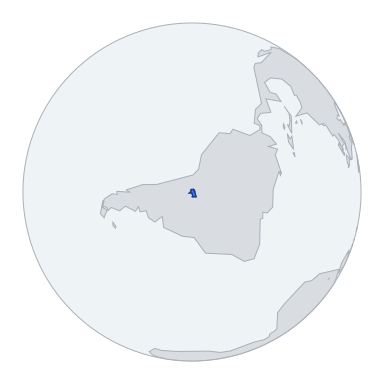 Tarija highlighted on a globe, orthographic projection, rotated 73°
{"feature_id": "BOL-1941", "entity_name": "Tarija", "entity_type": "Department", "adm_level": 1, "iso_a3": "BOL", "parent_name": "Bolivia", "parent_adm1": "", "projection": "orthographic", "projection_center": [-64.397, -21.882], "detail": "fine", "context": "on_globe", "style": "filled", "palette": "blue", "viewbox_px": 384, "rotation_deg": 73, "n_neighbors": 0, "source": "natural_earth", "source_scale": "10m", "svg_char_len": 4897}
<svg xmlns="http://www.w3.org/2000/svg" viewBox="0 0 384 384"><g transform="rotate(73 192 192)"><circle cx="192" cy="192" r="169" fill="#eef3f6" stroke="#a8b0b8"/><path d="M172.9,24.1L167.5,24.8L151.1,28.4L148.0,29.6L149.0,30.1L162.4,29.1L161.2,30.5L163.7,31.8L166.8,30.4L166.0,29.0L172.4,27.3L170.7,26.3L173.0,25.6L173.4,24.7L179.2,24.3L184.6,24.4L184.6,25.3L186.9,25.6L191.7,24.6L196.2,26.6L207.2,29.1L207.7,30.0L200.2,31.3L188.2,31.2L178.5,34.9L190.7,32.1L191.8,35.2L194.5,35.8L197.9,35.7L199.8,34.5L201.4,35.7L189.9,38.3L188.3,37.3L191.9,36.3L186.3,36.5L178.6,39.2L179.7,41.0L166.8,44.6L167.5,46.1L165.1,48.0L164.9,45.2L165.0,50.6L150.0,58.8L149.9,70.5L143.6,62.3L137.4,62.3L129.8,64.0L129.6,65.8L119.8,66.7L110.3,73.0L105.9,83.6L108.4,90.6L119.4,88.2L123.1,82.9L131.5,80.4L124.5,94.0L138.9,93.3L136.9,103.5L141.0,108.3L148.4,105.9L156.0,107.7L161.8,101.1L170.9,97.2L170.8,105.6L176.0,97.7L181.0,101.5L199.3,101.0L197.8,102.9L213.2,113.6L230.1,119.3L234.1,126.3L232.0,130.2L237.9,132.0L238.0,134.8L261.8,142.6L274.0,152.2L273.6,162.3L263.4,172.2L254.4,197.0L236.2,203.3L231.6,214.0L217.6,229.5L206.6,227.5L209.9,236.2L203.9,241.1L196.7,241.3L195.7,247.4L190.4,247.5L194.0,251.7L186.0,259.9L188.9,266.7L183.2,273.7L185.2,277.8L182.9,277.7L180.6,279.3L180.5,281.7L173.1,278.1L170.3,269.0L172.5,264.2L169.4,263.6L173.9,251.7L170.8,254.2L170.5,237.2L174.5,223.3L176.0,186.0L172.2,179.1L159.1,172.0L143.3,148.8L147.3,138.6L143.9,134.5L154.9,120.2L152.2,108.8L148.3,107.6L144.4,112.4L131.6,107.2L127.5,99.6L90.8,96.4L87.6,93.9L88.5,87.9L81.4,75.3L82.1,89.4L78.3,88.0L76.3,83.7L78.7,81.3L79.0,74.7L76.4,74.1L80.4,66.6L94.2,54.3L94.3,54.6L97.5,52.1L97.6,51.9L109.1,44.8L121.1,38.6L133.6,33.5L146.4,29.3L159.6,26.2L172.9,24.1ZM148.6,74.9L165.1,79.4L155.3,81.1L157.2,79.7L153.1,77.6L145.4,76.2L136.9,78.8L148.6,74.9ZM156.9,67.1L154.0,66.9L156.9,66.6L156.9,67.1ZM97.2,52.2L95.9,53.1L94.5,54.1L94.9,53.7L97.2,52.2ZM170.2,25.1L171.8,24.9L170.9,25.2L170.2,25.1ZM168.9,25.1L166.7,25.5L165.8,25.6L167.1,25.3L168.9,25.1ZM171.8,24.6L164.4,25.6L162.8,25.8L166.6,25.0L171.8,24.6ZM185.8,285.9L173.8,279.5L180.4,282.3L184.4,278.5L190.9,283.6L185.8,285.9ZM197.8,276.5L202.8,274.7L204.2,275.9L201.0,277.4L197.8,276.5ZM306.2,67.4L311.9,74.8L309.3,73.7L303.4,69.4L293.2,58.6L300.3,62.5L296.7,59.5L288.4,53.3L291.3,55.3L291.1,55.1L306.2,67.4ZM345.8,261.9L343.9,265.9L343.1,266.9L339.7,273.0L336.2,277.3L332.2,279.7L330.7,273.4L334.6,267.4L340.0,253.3L349.1,222.4L353.7,211.9L355.2,202.0L353.7,176.8L354.3,166.5L352.9,160.5L350.6,159.2L348.5,152.2L346.7,150.5L332.4,145.4L325.4,135.4L311.1,110.4L311.8,103.4L307.5,94.0L308.9,73.7L314.2,77.7L320.3,82.1L327.8,91.5L334.6,101.4L340.6,111.7L346.0,122.4L350.5,133.5L354.3,144.9L357.2,156.5L359.3,168.3L360.5,180.2L361.0,192.2L360.5,204.1L359.2,216.0L357.1,227.8L354.2,239.4L350.4,250.8L345.8,261.9ZM314.3,85.3L315.7,87.8L314.3,85.3ZM199.9,100.9L202.0,102.6L199.1,102.6L199.9,100.9ZM153.7,84.4L157.3,84.2L159.1,85.2L156.3,85.8L153.7,84.4ZM184.4,82.6L188.7,83.2L184.2,83.9L184.4,82.6ZM167.7,80.1L181.1,82.4L172.4,85.0L164.0,83.8L169.9,82.7L167.7,80.1ZM154.8,71.2L157.0,71.5L156.2,72.9L154.8,71.2ZM159.0,66.9L158.1,67.1L157.1,66.2L159.0,66.9ZM192.5,35.0L193.5,34.9L196.8,35.0L195.1,35.5L192.5,35.0ZM212.6,33.5L214.8,35.6L212.0,34.3L210.1,35.0L201.8,33.6L207.5,30.4L206.4,31.9L212.6,33.5ZM192.4,31.5L197.0,32.3L191.8,31.5L192.4,31.5ZM278.1,46.6L276.9,46.1L273.3,43.9L273.1,43.8L278.1,46.6ZM285.7,51.4L284.4,50.6L284.2,50.4L285.7,51.4ZM179.7,23.5L179.8,23.5L177.7,23.7L177.8,23.6L179.7,23.5ZM190.0,23.1L194.9,23.1L192.6,23.3L187.7,23.2L191.6,23.6L186.3,23.6L189.5,24.0L178.9,23.8L174.3,24.2L180.3,23.6L182.6,23.3L182.3,23.3L190.0,23.1ZM222.1,25.7L221.2,25.6L220.5,25.8L222.2,26.8L214.9,25.6L208.6,24.3L203.9,23.5L204.2,23.5L222.1,25.7Z" fill="#d9dde1" stroke="#a8b0b8" stroke-width="1"/><path d="M196.8,193.1L196.7,193.1L196.7,192.9L196.4,192.8L196.4,192.7L196.4,192.4L196.2,192.3L195.8,192.4L194.9,192.4L194.1,192.3L193.9,192.4L193.8,192.5L193.7,192.4L193.3,192.3L193.2,192.4L193.2,192.5L193.0,192.8L192.9,193.0L192.6,193.6L192.4,193.9L192.3,194.4L192.3,194.6L192.2,194.9L192.1,194.7L192.0,194.4L191.9,194.3L191.8,194.2L191.9,193.9L191.7,193.7L191.6,193.4L191.6,193.2L191.4,192.9L191.2,192.9L190.8,192.8L190.3,192.6L189.8,192.6L189.8,192.3L189.8,192.2L189.7,192.2L189.6,191.9L189.4,191.8L189.5,191.6L189.5,191.4L189.7,191.1L189.7,190.8L189.8,190.2L189.8,189.9L189.9,189.3L189.9,189.2L189.9,189.3L190.0,189.3L190.3,189.4L190.5,189.5L190.8,189.6L191.0,189.6L191.0,189.4L191.1,189.2L191.3,189.2L191.3,189.3L191.5,189.4L191.5,189.5L191.8,189.6L192.0,189.8L192.3,189.8L192.5,189.8L192.5,189.7L192.6,189.4L192.6,189.2L192.8,189.1L193.0,189.2L193.1,189.3L193.5,189.4L197.8,189.4L197.8,189.6L197.7,189.9L197.7,190.2L197.5,190.6L197.4,190.9L197.3,191.2L197.2,191.6L197.1,192.0L197.0,192.4L196.9,192.6L196.8,192.9L196.8,193.1Z" fill="#3b82f6" stroke="#1e3a8a" stroke-width="1.5"/></g></svg>